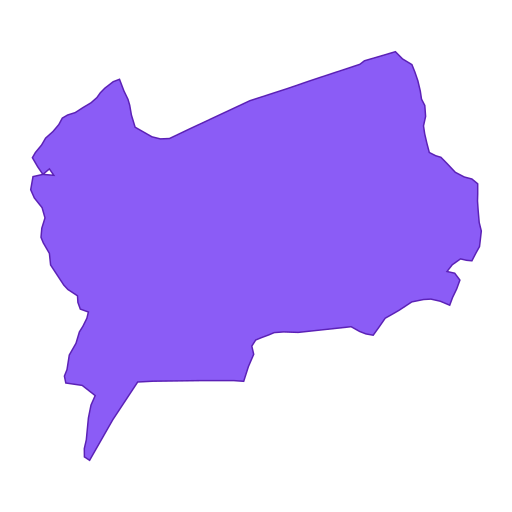 the district of Limoeiro de Anadia, Alagoas, Brazil
{"feature_id": "56859067B58841982449000", "entity_name": "Limoeiro de Anadia", "entity_type": "district", "adm_level": 2, "iso_a3": "BRA", "parent_name": "Brazil", "parent_adm1": "Alagoas", "projection": "natural_earth1", "projection_center": [-36.471, -9.746], "detail": "fine", "context": "isolated", "style": "filled", "palette": "violet", "viewbox_px": 512, "rotation_deg": 0, "n_neighbors": 0, "source": "geoboundaries", "source_scale": "gbopen_adm2", "svg_char_len": 1683}
<svg xmlns="http://www.w3.org/2000/svg" viewBox="0 0 512 512"><path d="M395.4,51.7L364.4,60.8L359.9,64.3L320.8,77.2L309.4,81.0L287.0,88.7L249.9,100.7L189.2,129.1L169.5,138.5L160.4,138.9L151.9,136.8L135.1,127.2L131.4,115.0L129.7,105.2L128.0,99.4L123.9,90.9L119.5,79.3L113.2,81.7L104.8,88.2L100.3,92.8L96.9,97.6L91.0,102.8L83.1,107.5L75.2,112.6L67.6,115.0L62.3,118.1L58.8,124.6L53.0,131.5L45.6,138.1L41.6,145.0L35.4,152.5L32.4,157.7L37.7,166.8L42.9,174.4L33.0,176.6L30.7,189.7L34.3,197.9L42.1,207.7L45.0,217.9L41.8,228.2L41.0,237.3L43.3,242.9L49.4,253.4L50.6,265.0L63.8,285.1L67.9,289.5L77.5,295.8L77.9,302.4L80.3,309.1L88.4,312.0L86.9,318.2L82.9,326.3L79.4,331.9L76.0,343.3L69.3,355.0L67.0,369.6L64.4,376.1L65.8,383.0L82.2,385.4L95.2,395.6L91.0,405.1L88.4,418.0L86.3,439.9L84.3,448.6L84.4,456.9L89.6,460.3L112.8,419.7L137.7,382.0L153.1,381.2L200.2,380.6L234.0,380.6L243.7,381.3L248.4,366.6L253.7,354.3L251.8,346.1L255.7,340.0L261.5,337.6L268.8,334.9L274.2,332.6L283.6,331.9L298.2,332.4L351.1,326.7L359.7,331.5L365.9,333.9L373.2,335.2L379.3,326.7L385.2,318.2L390.2,315.4L398.9,310.4L411.8,301.9L423.6,299.5L430.9,299.1L440.2,301.2L449.7,305.2L452.6,297.4L456.7,288.9L459.9,280.1L454.7,273.2L447.0,271.5L452.3,264.7L460.5,258.9L466.6,260.3L471.9,260.8L475.9,253.1L479.5,246.6L480.4,239.1L481.3,231.0L479.2,222.5L478.1,209.8L477.5,201.0L477.7,194.0L477.7,183.8L471.9,179.0L464.3,177.0L455.3,172.3L447.3,163.8L440.9,157.3L435.6,155.7L429.3,152.5L426.8,143.0L424.7,133.9L423.5,125.9L425.6,116.4L424.8,105.5L421.5,99.1L420.3,91.1L417.9,80.9L414.9,72.1L411.9,64.6L402.5,58.9L395.4,51.7ZM42.9,174.4L49.4,168.9L53.8,175.3L42.9,174.4Z" fill="#8b5cf6" stroke="#5b21b6" stroke-width="1.5"/></svg>